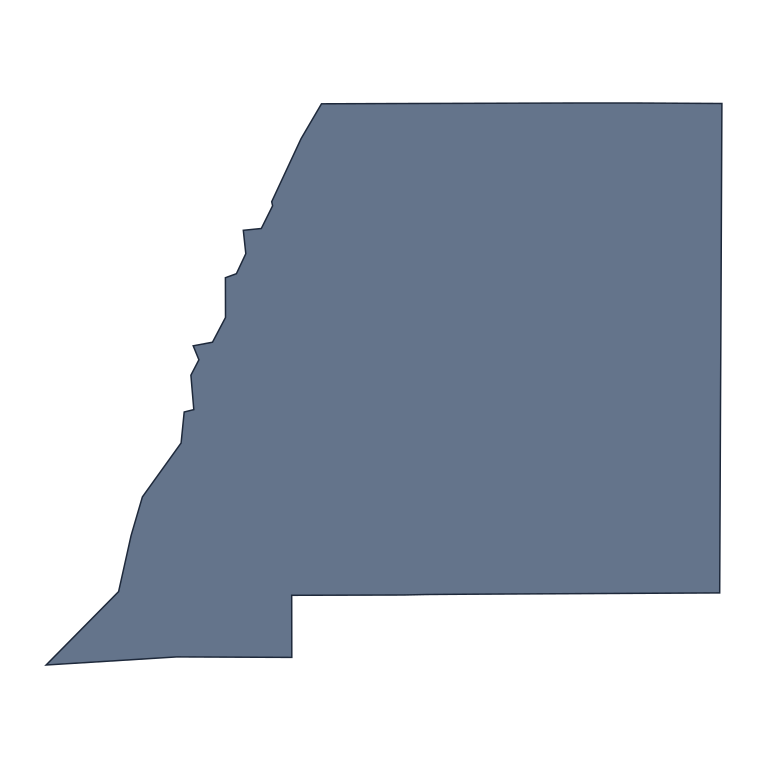 Attala, Mississippi, United States of America (Equal Earth projection)
{"feature_id": "52423323B11508580197102", "entity_name": "Attala", "entity_type": "district", "adm_level": 2, "iso_a3": "USA", "parent_name": "United States of America", "parent_adm1": "Mississippi", "projection": "equal_earth", "projection_center": [-89.691, 33.083], "detail": "fine", "context": "isolated", "style": "filled", "palette": "slate", "viewbox_px": 768, "rotation_deg": 0, "n_neighbors": 0, "source": "geoboundaries", "source_scale": "gbopen_adm2", "svg_char_len": 551}
<svg xmlns="http://www.w3.org/2000/svg" viewBox="0 0 768 768"><path d="M719.7,592.9L720.5,407.8L720.8,347.7L721.9,103.5L633.7,103.0L579.1,103.0L380.0,103.6L321.5,103.8L301.1,138.6L271.7,201.7L272.6,205.8L261.3,228.5L243.3,230.3L245.8,253.7L236.4,273.7L225.4,277.7L225.5,317.5L212.5,342.2L193.2,345.8L198.9,359.8L190.9,375.2L193.8,409.6L184.2,412.0L181.1,443.0L142.4,496.9L131.1,535.5L118.6,591.6L46.1,665.0L176.8,656.9L291.8,657.4L291.7,595.3L403.4,595.0L426.4,594.5L469.4,594.2L719.7,592.9Z" fill="#64748b" stroke="#1e293b" stroke-width="1.5"/></svg>